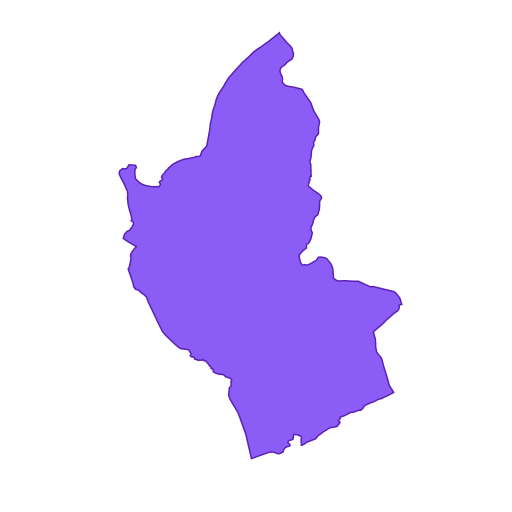 Bang Pahan, Phra Nakhon Si Ayutthaya, Thailand (Robinson projection), rotated 334°
{"feature_id": "78962969B12192393501307", "entity_name": "Bang Pahan", "entity_type": "district", "adm_level": 2, "iso_a3": "THA", "parent_name": "Thailand", "parent_adm1": "Phra Nakhon Si Ayutthaya", "projection": "robinson", "projection_center": [100.543, 14.478], "detail": "fine", "context": "isolated", "style": "filled", "palette": "violet", "viewbox_px": 512, "rotation_deg": 334, "n_neighbors": 0, "source": "geoboundaries", "source_scale": "gbopen_adm2", "svg_char_len": 6113}
<svg xmlns="http://www.w3.org/2000/svg" viewBox="0 0 512 512"><g transform="rotate(334 256 256)"><path d="M163.1,436.1L172.8,437.1L181.1,438.1L182.8,438.6L184.9,439.3L186.6,440.7L188.4,442.8L189.6,443.6L190.7,444.0L194.0,444.1L196.7,441.8L197.7,441.3L198.7,441.1L199.8,441.0L202.8,441.5L203.3,441.4L203.6,441.1L203.8,440.1L203.6,439.4L203.0,438.3L203.0,437.7L203.2,437.2L203.6,436.7L204.2,436.5L205.3,436.4L208.3,437.0L208.6,436.9L209.0,436.7L209.9,435.8L210.4,434.9L210.5,433.7L211.8,433.1L214.4,434.5L214.9,435.0L217.1,437.3L217.4,437.9L217.4,438.8L217.3,439.2L215.9,440.9L215.0,443.4L214.5,444.6L213.8,445.8L213.8,446.0L214.5,446.2L217.7,446.1L218.3,446.2L218.8,445.8L219.3,445.6L229.0,446.4L229.6,446.4L230.6,446.0L233.3,444.6L236.1,444.3L239.6,443.5L244.6,443.0L246.5,442.9L248.8,443.2L251.0,444.0L254.5,444.7L255.1,444.4L256.1,443.6L256.9,443.4L258.6,442.4L258.6,442.1L257.7,440.2L257.9,439.9L259.8,439.5L260.2,439.2L260.4,438.9L260.7,437.9L260.8,437.7L265.6,438.3L273.0,438.1L274.1,438.9L274.8,439.1L281.0,439.7L282.7,440.6L286.2,439.4L287.2,438.3L289.0,438.1L293.4,438.1L297.5,438.6L303.2,438.5L306.2,439.1L309.5,439.1L312.3,439.2L319.9,439.0L319.8,437.6L319.1,431.1L319.2,430.2L320.9,420.8L322.4,411.1L323.9,403.7L323.9,402.5L322.3,395.5L323.5,390.9L324.1,389.1L324.4,388.5L325.2,387.4L325.4,386.2L326.2,384.5L326.8,383.2L328.2,375.6L341.9,372.0L343.4,371.2L350.5,369.3L354.1,368.2L357.4,367.7L359.4,367.3L360.6,366.7L361.4,366.1L362.4,364.6L363.2,362.9L365.8,363.4L366.7,358.0L366.8,356.8L366.0,352.7L365.5,350.8L364.6,348.7L348.4,335.2L345.1,333.6L344.6,333.1L337.1,323.7L330.8,320.5L325.5,317.4L319.4,314.7L318.3,313.9L317.3,312.5L315.9,310.2L319.3,301.5L319.7,299.8L319.9,297.5L319.8,295.5L318.6,290.1L318.3,289.2L317.8,288.5L316.8,287.5L315.5,286.5L314.0,285.5L311.8,284.5L311.0,284.7L308.9,286.0L308.2,286.3L301.5,286.8L298.4,286.7L298.0,286.6L295.7,285.0L294.4,284.9L293.9,284.6L293.7,284.3L293.5,283.6L293.2,282.3L293.5,279.8L294.2,276.8L294.8,275.0L295.0,274.6L295.8,273.9L297.1,273.2L298.7,272.5L301.9,271.5L304.6,271.0L304.9,270.7L305.3,270.2L305.7,268.8L306.2,268.2L307.0,267.8L309.1,267.4L310.0,267.0L313.5,264.1L314.9,262.0L316.0,261.0L316.7,259.9L316.9,259.2L316.7,257.3L317.7,254.7L320.0,252.8L321.6,251.3L323.1,249.3L324.7,247.8L325.8,247.0L326.9,246.5L329.1,246.2L329.7,245.9L332.8,242.5L334.0,240.8L335.7,237.7L336.7,235.7L337.4,234.6L338.1,234.0L339.9,233.0L340.4,232.5L340.6,232.1L340.7,231.0L340.3,229.3L338.5,225.6L336.5,222.4L334.8,218.3L334.1,217.3L333.9,216.6L334.0,215.3L334.3,214.8L336.1,213.0L336.6,212.2L338.0,211.3L338.4,209.3L338.6,208.9L338.8,208.8L340.4,208.7L340.8,208.5L341.0,207.9L341.3,206.3L341.9,205.4L345.2,198.0L345.6,196.4L345.5,195.5L345.5,195.2L348.5,191.7L352.4,185.3L352.8,184.8L356.5,182.0L357.6,179.0L357.8,178.8L359.4,178.1L361.9,175.1L362.5,174.8L365.2,173.8L365.9,173.2L368.5,167.9L371.2,164.4L372.1,163.0L372.3,161.2L372.3,159.9L371.6,152.2L371.6,149.9L372.3,143.5L372.4,141.9L370.8,131.6L370.6,129.6L370.7,127.8L370.5,126.7L370.3,126.2L365.0,121.7L359.0,117.3L357.1,115.4L356.7,114.7L355.9,111.3L356.1,110.7L357.4,108.6L357.7,107.7L358.0,106.4L358.2,102.4L358.4,101.1L358.6,100.3L359.4,99.1L360.5,98.1L362.4,97.2L364.7,97.0L365.9,96.7L369.1,95.5L374.7,94.7L375.3,94.4L377.0,92.7L378.0,91.3L378.4,90.4L378.6,89.6L378.6,88.1L379.4,85.6L379.4,84.5L379.0,82.7L377.4,78.0L375.8,71.8L374.7,67.9L374.7,66.8L374.9,65.6L361.6,68.6L352.3,70.2L348.4,70.6L343.5,71.5L336.9,73.8L329.0,76.0L318.8,80.0L309.5,83.9L303.1,87.9L302.0,88.9L295.4,92.7L291.7,95.3L289.0,97.8L284.8,102.7L281.9,105.5L279.5,108.3L276.6,112.7L273.3,116.6L269.9,122.1L259.9,135.6L253.5,138.0L252.7,138.7L250.1,141.3L249.4,141.6L247.9,141.5L246.5,140.5L243.3,140.1L237.2,138.6L233.9,137.5L231.8,137.2L227.1,136.9L222.7,137.0L220.6,137.3L217.8,138.1L215.7,138.6L214.3,139.6L212.8,139.7L210.6,141.0L208.4,141.9L206.5,142.9L205.6,143.7L205.9,145.7L205.8,146.2L204.5,146.5L202.2,146.8L201.5,147.2L201.4,147.3L201.7,149.8L199.0,151.2L198.1,150.6L193.8,148.6L191.4,147.1L188.1,144.6L186.5,143.1L184.3,140.5L183.0,137.8L181.6,133.9L182.7,130.2L183.1,129.1L184.9,125.5L185.5,125.0L187.0,124.2L187.3,123.9L187.4,123.3L187.5,121.7L182.0,118.4L181.6,118.5L178.4,120.5L177.9,120.6L176.7,120.3L175.9,119.9L174.4,118.9L171.2,119.7L170.3,120.2L169.7,121.0L169.0,122.6L168.9,123.4L168.9,128.4L169.1,133.4L168.8,139.6L168.9,141.2L168.2,143.2L167.1,145.6L165.6,148.1L165.1,149.9L164.3,151.9L163.6,154.0L162.4,159.3L162.1,162.2L161.4,164.9L161.3,166.0L160.9,167.1L160.8,167.9L160.4,168.5L159.5,169.2L159.3,169.5L159.4,170.0L160.1,171.1L160.5,171.8L160.5,172.8L160.1,173.3L157.3,175.6L156.2,176.3L154.8,176.6L154.1,177.3L153.7,177.6L150.7,177.3L150.3,177.5L149.4,178.1L147.8,178.5L146.5,179.7L144.4,181.9L146.7,186.2L149.6,190.5L152.6,195.1L149.5,196.3L146.5,197.9L146.1,198.4L145.1,198.8L144.6,199.2L143.7,200.0L142.9,201.6L142.9,202.9L142.3,203.9L137.2,210.5L135.9,211.2L135.6,211.5L135.1,213.1L134.8,217.1L133.5,226.8L132.6,230.1L132.7,230.8L133.1,231.4L133.1,232.0L132.8,232.3L133.5,233.4L135.4,235.2L135.7,235.7L136.5,238.2L138.6,242.1L139.5,244.8L139.5,246.0L139.0,250.2L138.8,272.9L138.8,282.5L139.8,287.1L145.0,301.0L146.7,304.8L147.2,305.5L148.9,307.2L151.0,308.1L151.3,308.7L152.6,309.4L153.7,310.2L154.4,310.9L154.5,311.3L154.4,312.7L154.9,315.4L154.4,316.1L153.3,316.5L153.2,317.1L153.7,318.2L155.8,319.8L155.9,320.3L155.8,322.1L156.0,322.3L157.4,323.0L158.2,324.4L158.6,324.7L159.8,324.9L161.7,326.0L163.1,325.9L163.6,327.7L164.9,328.3L165.8,332.2L166.2,334.7L167.0,335.7L167.0,336.1L166.5,336.7L166.4,337.5L166.6,337.9L167.6,338.7L167.9,339.1L167.9,339.4L167.3,340.2L167.0,340.8L167.0,341.4L167.1,341.8L168.2,343.0L168.6,344.0L169.6,344.6L171.0,346.2L171.2,346.3L172.2,346.2L172.9,347.2L173.8,347.7L174.5,348.2L174.8,348.7L175.7,350.8L176.0,351.5L176.7,352.3L178.2,353.4L179.7,355.4L179.8,355.8L179.9,356.4L179.7,356.8L178.1,358.3L177.9,359.9L177.0,361.1L176.1,362.2L175.6,362.4L174.6,362.6L174.1,363.0L173.6,364.0L170.7,368.6L170.2,370.2L170.0,371.7L169.9,374.2L171.0,386.7L171.1,388.8L171.1,389.6L170.4,396.5L168.7,411.8L163.1,436.1Z" fill="#8b5cf6" stroke="#5b21b6" stroke-width="1.5"/></g></svg>